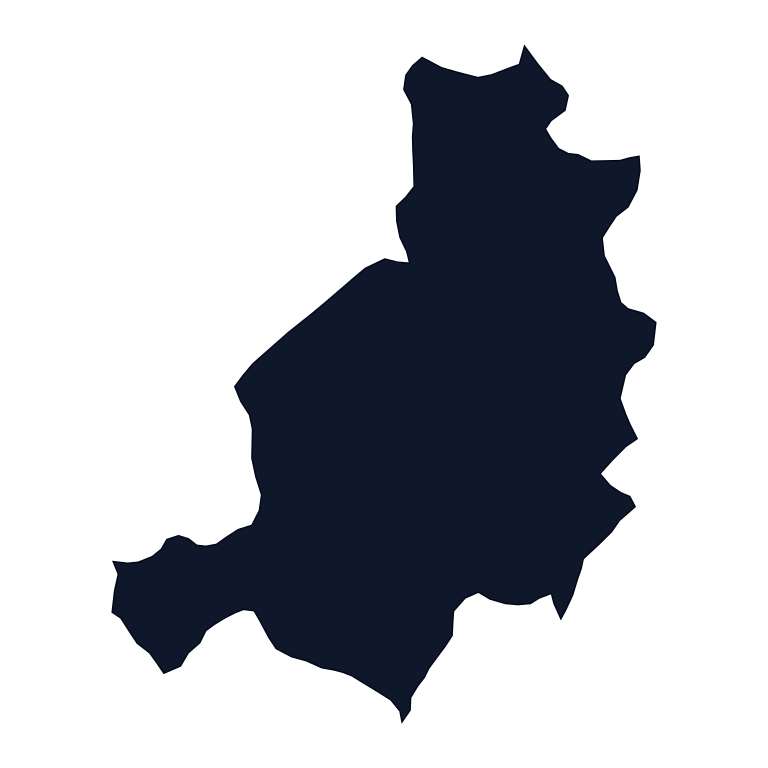 Pindorama, São Paulo, Brazil
{"feature_id": "56859067B36647216978895", "entity_name": "Pindorama", "entity_type": "district", "adm_level": 2, "iso_a3": "BRA", "parent_name": "Brazil", "parent_adm1": "São Paulo", "projection": "mercator", "projection_center": [-48.915, -21.203], "detail": "fine", "context": "isolated", "style": "filled", "palette": "ink", "viewbox_px": 768, "rotation_deg": 0, "n_neighbors": 0, "source": "geoboundaries", "source_scale": "gbopen_adm2", "svg_char_len": 2048}
<svg xmlns="http://www.w3.org/2000/svg" viewBox="0 0 768 768"><path d="M639.0,156.3L629.4,158.0L619.9,160.6L591.3,161.2L578.2,154.8L568.2,153.6L558.5,148.7L550.8,138.3L545.3,129.0L551.0,120.6L565.0,110.2L568.2,95.6L562.1,86.3L550.4,79.7L537.2,63.4L524.5,46.1L519.4,64.5L510.3,67.7L491.6,74.9L478.0,77.6L465.3,74.4L455.1,71.7L441.4,67.7L422.1,57.5L412.6,65.8L405.9,75.3L403.9,89.5L411.6,104.1L413.6,123.7L412.6,136.6L413.0,152.1L413.6,162.9L414.2,186.6L405.5,197.6L396.4,206.3L396.8,221.1L400.0,237.2L406.9,251.8L409.7,263.2L397.4,262.2L384.8,259.0L365.4,268.3L353.8,278.0L335.4,293.9L322.8,304.7L311.8,313.8L288.5,332.4L252.9,363.8L243.3,375.2L234.8,386.6L240.9,401.5L249.6,415.0L252.5,429.0L252.3,440.0L251.9,458.0L255.9,476.8L261.6,494.8L259.4,510.5L251.9,525.3L238.3,529.6L227.1,536.8L216.4,544.4L205.9,546.3L196.7,545.3L188.6,538.9L178.5,535.7L166.9,539.5L161.3,549.3L152.1,556.7L138.4,562.2L127.8,563.3L113.2,561.6L118.3,574.1L114.6,591.0L112.2,612.2L120.9,618.1L130.0,632.3L137.1,643.1L149.7,652.9L156.8,662.8L163.9,673.2L180.5,666.0L188.2,652.9L199.8,642.7L205.8,630.6L213.8,624.7L225.1,617.7L234.8,612.8L243.5,609.4L254.1,610.7L260.0,620.9L268.7,637.2L276.2,648.6L291.6,656.7L306.2,660.7L321.8,667.7L333.5,669.8L342.5,672.1L351.8,675.7L362.5,682.3L377.1,691.2L390.9,699.9L400.0,711.1L402.0,721.9L410.1,710.1L410.6,697.6L417.6,686.1L424.3,677.4L428.8,668.3L435.9,658.6L445.4,645.9L452.1,635.5L452.7,623.0L453.5,611.1L465.1,598.0L478.4,592.1L490.2,599.1L505.4,603.5L518.0,604.6L530.5,603.5L538.8,598.2L551.4,593.3L554.0,603.5L560.9,618.8L565.6,610.1L572.7,594.8L577.3,579.6L581.2,568.3L583.2,558.8L599.4,543.8L611.6,531.7L619.3,520.5L635.1,506.7L629.8,496.5L620.7,492.7L610.0,485.5L600.0,473.7L612.2,460.1L625.8,446.4L637.1,438.7L629.8,424.1L625.8,414.8L619.9,398.5L625.4,374.8L633.9,363.4L644.6,357.2L653.2,344.9L655.8,322.5L643.6,313.4L628.0,308.9L620.7,302.6L617.1,290.9L614.8,277.4L604.1,255.8L602.1,237.8L609.0,226.8L616.1,216.2L628.0,206.9L636.9,190.0L640.0,170.5L639.0,156.3Z" fill="#0f172a" stroke="#020617" stroke-width="1.5"/></svg>